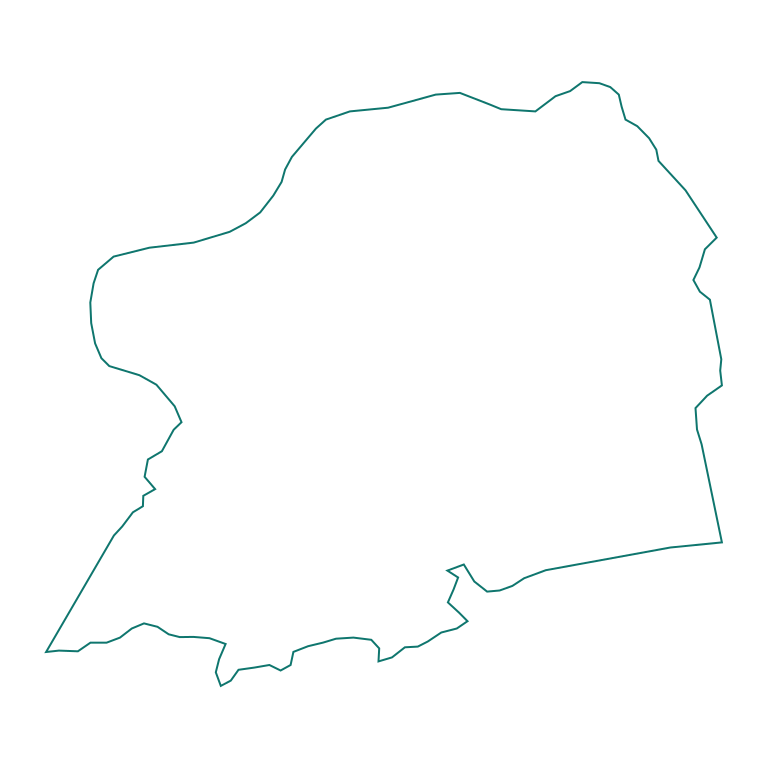 São José da Laje, Alagoas, Brazil (Albers equal-area conic projection)
{"feature_id": "56859067B95823452257681", "entity_name": "São José da Laje", "entity_type": "district", "adm_level": 2, "iso_a3": "BRA", "parent_name": "Brazil", "parent_adm1": "Alagoas", "projection": "albers", "projection_center": [-36.053, -8.988], "detail": "fine", "context": "isolated", "style": "outline", "palette": "teal", "viewbox_px": 768, "rotation_deg": 0, "n_neighbors": 0, "source": "geoboundaries", "source_scale": "gbopen_adm2", "svg_char_len": 1538}
<svg xmlns="http://www.w3.org/2000/svg" viewBox="0 0 768 768"><path d="M143.3,495.8L142.9,506.2L132.9,512.3L122.2,526.5L113.9,535.5L46.1,652.0L58.9,650.6L77.9,651.3L90.4,642.7L106.5,642.7L120.0,637.6L131.8,628.5L144.0,623.4L157.5,626.8L168.7,634.3L179.8,637.1L193.3,636.9L209.5,638.2L225.6,644.0L219.1,659.2L215.8,672.3L220.8,685.9L230.8,680.6L238.5,669.8L254.2,667.6L269.4,665.0L280.6,670.5L290.6,665.0L293.4,651.9L308.1,646.2L323.1,642.6L336.0,638.7L353.4,637.6L371.3,639.8L379.2,648.4L378.5,661.4L392.0,657.4L404.9,647.3L417.8,646.6L427.8,641.5L441.3,632.5L456.8,628.5L467.5,621.2L459.2,612.8L447.9,602.4L453.6,589.4L458.1,577.5L447.4,570.6L463.8,564.5L474.3,581.5L487.1,591.6L499.6,590.5L512.4,585.9L524.2,578.2L545.8,570.2L670.4,547.5L721.9,542.4L701.6,444.3L697.0,429.5L695.5,408.1L707.1,395.7L721.9,385.4L720.2,370.6L721.3,359.3L709.9,299.7L699.9,291.7L693.4,280.0L699.5,267.4L704.9,249.3L716.7,237.6L685.5,190.3L658.5,160.9L656.3,149.7L649.1,138.2L637.3,126.2L625.5,119.6L621.6,106.6L618.8,94.6L610.3,87.1L599.4,83.2L582.3,82.1L570.1,91.1L555.5,96.2L535.4,111.4L501.2,109.2L490.5,104.8L459.9,92.9L435.7,94.6L388.1,107.7L349.9,111.4L325.9,119.6L315.9,128.6L291.9,156.9L285.1,169.5L281.6,181.9L273.3,195.6L260.2,212.4L245.8,223.2L229.7,231.8L193.7,242.6L149.4,247.7L113.6,256.6L98.1,269.8L93.6,283.3L90.3,302.5L91.2,323.1L95.1,343.4L101.4,358.2L109.3,366.1L139.4,375.2L156.4,384.7L174.7,406.3L181.5,422.2L173.7,429.7L161.9,451.2L147.9,459.5L144.6,476.8L155.1,489.1L143.3,495.8Z" fill="none" stroke="#0f766e" stroke-width="2"/></svg>